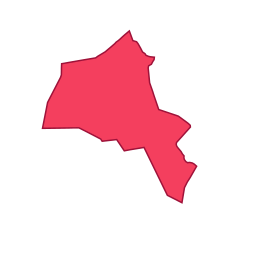 the district of Paquetá, Piauí, Brazil, rotated 320°
{"feature_id": "56859067B84967763168108", "entity_name": "Paquetá", "entity_type": "district", "adm_level": 2, "iso_a3": "BRA", "parent_name": "Brazil", "parent_adm1": "Piauí", "projection": "mercator", "projection_center": [-41.654, -7.163], "detail": "fine", "context": "isolated", "style": "filled", "palette": "rose", "viewbox_px": 256, "rotation_deg": 320, "n_neighbors": 0, "source": "geoboundaries", "source_scale": "gbopen_adm2", "svg_char_len": 1073}
<svg xmlns="http://www.w3.org/2000/svg" viewBox="0 0 256 256"><g transform="rotate(320 128 128)"><path d="M177.1,163.3L174.2,151.3L167.3,140.0L163.4,133.6L167.9,122.0L168.6,120.2L169.2,118.7L170.5,115.6L173.6,107.3L180.8,96.8L182.1,94.9L183.8,93.6L186.9,94.2L189.8,93.0L191.9,92.4L193.7,90.7L190.8,87.7L189.7,86.2L188.5,83.8L188.8,82.0L188.0,79.1L188.9,75.2L189.9,69.8L190.0,67.4L187.9,64.2L191.4,54.5L189.4,54.5L185.8,54.5L182.2,54.6L178.6,54.8L176.5,54.8L174.1,54.6L172.1,54.9L159.5,55.0L150.7,53.6L148.3,53.5L137.6,47.2L118.5,36.1L117.3,37.4L115.5,39.4L114.0,41.2L111.1,44.5L108.8,45.9L82.9,56.7L62.3,73.3L83.0,90.2L84.3,91.2L90.5,96.3L92.1,100.0L100.0,118.9L99.7,121.5L111.9,129.6L110.5,143.1L115.7,146.0L127.8,153.2L114.9,204.9L121.3,219.9L132.9,210.0L138.7,207.5L143.8,205.9L156.0,201.4L155.5,198.1L154.8,196.2L153.2,194.1L151.3,192.8L150.7,190.9L150.9,188.3L151.8,186.6L153.0,185.4L153.0,182.8L153.5,180.2L153.5,177.4L153.5,175.4L153.6,173.3L154.5,171.4L155.9,170.3L176.4,167.4L177.4,165.9L177.1,163.3Z" fill="#f43f5e" stroke="#9f1239" stroke-width="1.5"/></g></svg>